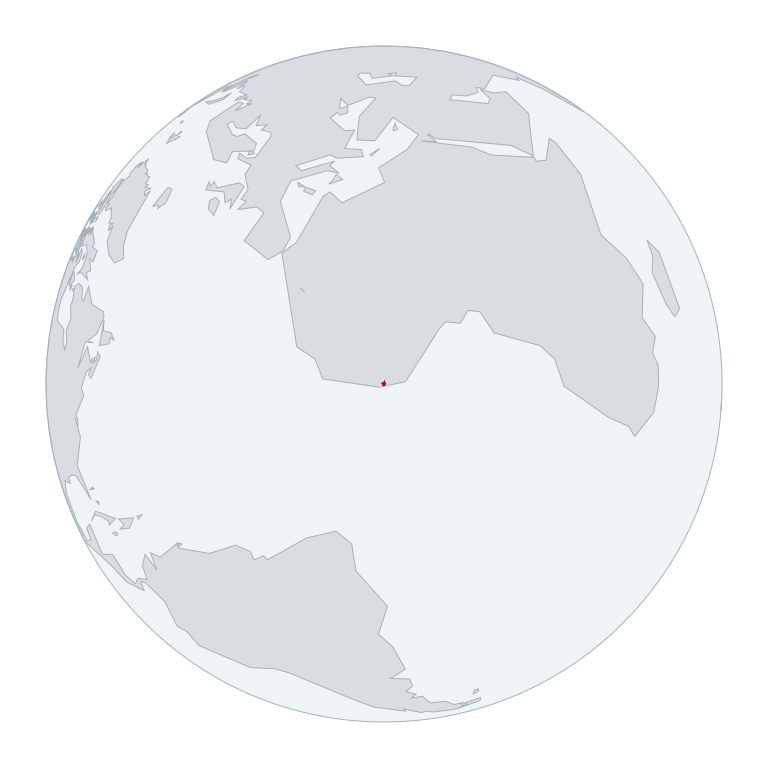 Bomi on an orthographic globe, rotated 314°
{"feature_id": "LBR-783", "entity_name": "Bomi", "entity_type": "County", "adm_level": 1, "iso_a3": "LBR", "parent_name": "Liberia", "parent_adm1": "", "projection": "orthographic", "projection_center": [-10.785, 6.699], "detail": "fine", "context": "on_globe", "style": "filled", "palette": "rose", "viewbox_px": 768, "rotation_deg": 314, "n_neighbors": 0, "source": "natural_earth", "source_scale": "10m", "svg_char_len": 9246}
<svg xmlns="http://www.w3.org/2000/svg" viewBox="0 0 768 768"><g transform="rotate(314 384 384)"><circle cx="384" cy="384" r="338" fill="#eef3f6" stroke="#a8b0b8"/><path d="M271.0,65.5L255.3,72.1L262.0,69.6L255.5,73.4L260.8,72.4L254.0,75.6L264.1,72.1L269.2,69.5L275.4,67.3L279.0,66.7L271.0,70.4L268.0,71.2L267.5,72.1L262.0,74.4L266.8,72.9L256.6,78.2L271.9,72.4L268.2,76.2L260.0,79.9L254.2,80.1L220.7,92.9L210.7,98.6L202.4,105.4L200.9,115.7L192.6,122.5L186.2,131.2L193.8,126.6L201.5,118.4L214.1,113.0L222.0,104.7L228.3,101.7L239.2,93.9L244.6,94.7L244.1,100.2L235.4,107.1L234.9,110.1L249.0,103.9L238.4,118.4L241.2,131.7L237.6,136.1L220.3,142.5L205.6,140.3L183.1,152.6L204.9,144.8L195.7,157.8L197.2,160.4L201.9,160.4L208.2,155.9L206.5,160.9L184.4,169.3L185.5,164.9L192.6,161.9L185.6,161.5L170.6,169.2L167.1,176.1L148.2,183.5L145.4,188.9L139.8,194.2L145.4,184.8L134.9,202.5L112.1,220.1L97.4,253.5L104.1,226.5L101.7,222.6L97.4,222.0L94.7,227.3L92.7,221.8L84.5,231.7L72.1,257.7L65.3,278.9L68.5,281.5L73.8,270.4L78.7,269.5L65.9,299.9L72.9,307.0L66.9,330.7L67.6,343.9L73.4,342.0L78.7,349.4L85.6,336.4L95.5,330.4L92.4,350.0L100.4,333.0L104.1,343.4L125.6,345.9L123.1,350.1L140.8,376.1L165.0,389.3L170.6,404.4L167.2,412.9L176.7,416.5L176.9,422.4L219.4,435.2L244.8,451.7L246.4,472.0L230.0,493.8L226.5,541.0L200.1,553.8L201.0,572.3L193.8,597.4L176.8,593.3L189.6,607.4L186.7,614.3L177.8,613.5L183.2,622.6L177.0,621.8L186.1,628.6L186.7,638.8L198.8,648.9L201.9,656.9L210.2,662.7L207.4,662.1L207.4,663.5L210.9,666.5L197.9,659.9L182.1,647.1L177.8,641.3L174.0,639.5L163.7,623.9L163.5,626.6L144.5,601.1L135.4,580.2L110.3,516.3L102.8,502.6L87.2,484.9L67.4,433.0L68.9,413.7L66.2,403.6L75.2,377.3L75.3,350.4L72.8,346.0L68.8,355.1L62.7,336.2L64.0,315.6L63.1,278.0L71.4,255.8L81.1,234.2L92.3,213.4L105.0,193.4L119.0,174.3L134.3,156.3L150.9,139.4L168.6,123.7L187.3,109.2L207.0,96.1L227.6,84.4L249.0,74.2L271.0,65.5ZM92.2,264.8L100.6,284.2L91.5,284.5L94.0,281.8L92.8,274.2L89.1,266.7L82.3,268.8L92.2,264.8ZM105.7,247.6L103.9,245.8L106.3,246.2L105.7,247.6ZM235.4,94.1L237.2,94.0L234.2,95.4L235.4,94.1ZM238.4,91.0L233.7,92.8L234.4,91.7L237.3,90.6L238.4,91.0ZM244.1,89.2L236.3,89.5L237.6,87.7L249.8,82.2L244.1,89.2ZM269.3,68.9L264.0,71.7L265.1,70.1L269.3,68.9ZM268.6,68.5L263.3,68.5L273.0,64.9L272.8,65.2L282.7,61.6L290.0,59.7L286.2,61.3L278.5,63.9L287.2,61.3L268.6,68.5ZM277.9,66.3L276.0,66.3L284.3,63.0L289.7,62.4L285.3,63.6L277.9,66.3ZM295.9,57.8L296.7,57.6L300.5,56.6L291.0,59.4L284.0,61.2L295.9,57.8ZM285.2,64.1L292.2,62.4L291.6,63.6L280.4,66.1L285.2,64.1ZM284.2,62.5L288.4,61.1L287.8,61.6L284.2,62.5ZM293.2,68.2L290.7,67.6L294.8,65.7L293.2,68.2ZM294.8,61.7L295.0,61.3L296.3,60.6L300.7,59.9L294.8,61.7ZM297.3,57.9L299.1,57.7L301.5,56.6L307.6,55.4L300.1,57.7L305.8,56.2L307.7,55.9L299.6,58.3L297.3,57.9ZM309.1,57.4L301.7,60.9L305.5,62.0L301.9,63.6L296.6,61.6L309.1,57.4ZM304.2,57.6L306.4,57.7L300.9,59.2L296.0,60.2L304.2,57.6ZM314.3,53.9L307.0,55.1L308.9,54.6L314.3,53.9ZM311.3,57.3L313.0,56.6L312.2,57.2L311.3,57.3ZM314.6,54.4L311.8,54.8L314.0,54.2L314.6,54.4ZM318.8,55.0L316.4,55.9L313.0,56.4L318.8,55.0ZM317.8,54.5L321.5,53.6L313.2,56.0L316.1,54.7L317.8,54.5ZM317.1,53.8L317.5,53.6L318.0,53.8L317.1,53.8ZM333.2,53.2L323.6,56.1L316.0,56.9L326.4,53.8L333.2,53.2ZM223.3,673.0L200.7,661.9L211.7,667.2L210.4,663.5L225.5,671.2L223.3,673.0ZM223.1,663.4L226.9,661.8L230.4,663.6L228.6,665.2L223.1,663.4ZM707.5,286.2L708.9,291.3L716.4,323.2L718.5,338.6L707.2,295.3L696.6,266.0L696.1,270.0L681.6,247.8L666.6,251.4L661.4,244.4L659.2,249.0L648.5,243.3L639.3,232.0L634.3,234.0L658.0,264.0L663.0,262.2L662.9,248.5L668.9,259.9L678.9,268.7L679.0,299.9L651.7,333.0L643.9,309.6L596.4,250.6L594.9,243.4L594.5,242.7L593.6,241.3L594.6,253.1L584.7,241.9L615.6,282.9L623.0,301.7L651.4,334.6L650.0,338.7L657.5,345.2L675.5,332.2L676.8,340.3L671.4,379.8L642.0,436.6L642.9,470.9L635.9,501.0L611.1,523.6L606.8,546.0L593.0,555.5L587.8,568.4L573.1,583.1L551.0,597.7L520.3,600.8L523.5,589.5L515.9,568.4L507.5,515.2L520.6,489.1L520.0,469.6L497.2,427.6L502.6,402.9L495.2,393.2L480.7,396.7L471.6,385.2L462.3,385.5L400.5,397.8L378.6,383.0L345.1,336.5L354.0,317.0L350.2,295.3L407.2,219.7L425.4,222.6L477.2,209.8L484.7,211.7L485.2,227.9L529.4,244.4L535.8,230.0L569.3,237.8L587.3,235.4L582.1,205.3L552.5,208.4L540.8,195.0L559.3,180.3L584.2,179.5L580.5,174.4L559.3,164.4L559.4,154.7L551.3,160.5L558.7,165.1L553.8,169.4L546.7,165.5L547.1,161.9L538.0,160.5L538.8,179.7L546.4,186.5L526.0,192.2L536.8,204.6L533.2,211.3L513.7,193.2L511.3,186.1L479.7,168.8L480.3,176.5L510.2,193.8L503.4,192.9L504.4,205.2L498.2,195.1L465.3,175.9L443.2,182.7L424.7,214.8L409.8,218.8L392.9,214.2L390.0,183.8L423.7,178.7L423.1,169.5L408.1,157.8L419.6,157.8L417.6,152.9L429.5,151.1L438.2,138.5L449.1,136.3L444.7,122.4L449.7,119.8L450.9,128.5L457.5,134.0L483.6,130.8L486.4,127.5L481.4,119.2L489.2,120.0L481.1,112.5L492.3,108.4L471.8,107.6L465.5,99.5L468.0,92.9L462.2,90.6L458.1,101.5L459.8,106.2L467.2,110.2L468.6,125.1L461.3,128.4L445.9,113.6L433.9,117.3L427.2,105.6L442.2,80.8L452.5,76.2L485.9,83.4L488.0,87.9L477.1,87.2L494.3,94.4L489.5,90.6L496.0,91.8L491.5,85.8L495.9,86.5L484.2,80.0L489.1,80.2L496.4,84.3L494.0,77.1L502.1,77.0L499.4,75.2L494.3,73.3L507.9,75.4L505.3,74.0L499.9,72.7L491.2,69.4L481.3,64.8L486.5,65.8L490.8,67.5L507.8,73.3L518.4,78.8L519.6,78.9L511.6,74.4L490.9,67.2L483.4,64.3L493.0,67.0L489.0,65.8L486.9,64.7L489.7,64.8L479.1,61.7L449.2,52.5L450.4,52.7L474.1,58.3L497.3,65.6L519.9,74.6L541.8,85.2L562.8,97.3L583.0,110.9L602.1,125.9L620.1,142.2L636.9,159.8L652.3,178.6L666.4,198.4L679.0,219.2L690.1,240.8L699.6,263.2L707.5,286.2ZM394.9,256.6L395.1,263.1L394.9,256.6ZM615.9,194.9L627.4,194.5L613.1,177.6L616.3,176.4L610.2,171.5L612.0,176.4L595.8,163.3L597.5,157.9L591.4,151.0L587.3,151.0L586.8,163.4L609.9,181.6L611.2,189.2L615.9,194.9ZM126.4,345.8L128.6,350.0L124.8,349.5L126.4,345.8ZM88.0,292.1L90.8,293.2L91.6,296.5L89.0,297.0L88.0,292.1ZM117.4,298.1L121.7,300.6L116.2,301.3L117.4,298.1ZM102.4,286.8L113.8,296.9L103.3,301.0L96.5,295.0L102.5,294.4L102.4,286.8ZM99.8,258.1L101.1,259.9L99.2,263.2L99.8,258.1ZM107.5,248.0L106.6,248.1L106.9,245.1L107.5,248.0ZM197.0,157.2L198.7,156.7L202.5,157.8L198.7,159.5L197.0,157.2ZM231.3,151.7L227.9,159.9L227.7,154.8L221.8,158.2L214.0,152.5L235.5,138.1L227.1,145.3L231.3,151.7ZM209.5,142.2L212.0,146.5L208.4,142.4L209.5,142.2ZM394.8,131.1L401.5,133.4L400.8,139.0L386.9,144.5L387.8,136.1L394.8,131.1ZM411.1,135.5L399.7,120.9L407.8,117.8L405.2,121.8L411.7,121.2L409.2,127.7L428.2,140.2L428.8,146.2L402.9,151.5L411.0,146.0L404.0,143.7L411.1,135.5ZM356.2,98.0L351.3,94.2L375.2,92.0L377.0,96.1L363.3,101.1L353.2,99.4L356.2,98.0ZM267.1,80.6L263.7,81.0L265.9,79.7L270.6,78.3L267.1,80.6ZM291.7,68.0L284.2,78.1L280.0,78.8L280.7,85.1L269.7,89.8L269.6,85.4L261.7,94.3L257.2,92.3L253.1,98.4L254.0,88.0L249.7,87.3L258.7,86.1L268.9,81.6L272.0,79.5L277.6,73.3L273.2,70.6L282.6,66.6L290.5,64.5L292.9,64.5L286.0,66.9L294.3,65.3L286.2,68.9L291.7,68.0ZM376.5,56.0L367.5,56.5L382.7,58.2L374.7,59.9L377.0,60.1L373.8,62.4L373.8,65.8L369.2,66.4L371.2,67.6L369.1,69.5L370.3,71.5L362.5,73.6L363.4,76.3L359.2,75.8L362.7,80.1L356.6,78.0L353.3,81.0L361.0,81.5L315.9,93.0L301.7,101.2L293.3,109.6L283.9,106.1L285.8,96.6L294.3,85.8L309.3,79.1L302.4,79.3L307.5,76.4L310.8,77.5L308.7,74.2L313.8,72.3L321.4,65.7L315.2,63.3L317.8,61.3L322.8,61.3L321.9,59.4L333.1,58.3L335.2,57.0L348.4,55.2L356.8,56.7L358.5,55.3L368.6,54.4L376.5,56.0ZM337.0,52.6L348.8,52.9L350.3,54.3L326.8,57.2L323.3,58.5L308.2,61.4L306.5,59.5L310.9,58.7L314.9,57.6L313.8,58.6L317.6,57.0L323.9,56.1L328.4,54.8L331.0,55.1L337.0,52.6ZM489.4,205.3L494.5,205.5L501.6,204.1L502.4,212.3L489.4,205.3ZM466.9,192.2L470.9,190.8L475.5,200.6L470.2,200.9L466.9,192.2ZM469.2,182.1L470.8,189.9L466.8,185.8L469.2,182.1ZM454.2,127.1L458.1,125.6L460.0,127.5L459.7,130.7L454.2,127.1ZM420.1,65.2L414.7,64.3L414.9,63.6L406.0,60.4L411.2,59.5L418.6,61.0L420.1,65.2ZM579.3,210.8L576.5,217.0L572.7,214.6L574.4,212.9L579.3,210.8ZM539.4,214.5L550.4,217.3L539.5,216.7L539.4,214.5ZM424.3,63.6L420.0,62.2L425.3,62.7L424.3,63.6ZM414.6,58.7L420.1,58.8L410.8,59.0L414.6,58.7ZM603.8,640.5L599.9,644.0L598.6,644.9L603.8,640.5ZM669.9,490.4L643.5,544.5L634.4,546.4L637.5,531.5L650.5,499.3L662.8,488.5L670.1,473.3L669.9,490.4ZM718.2,333.8L716.9,326.1L717.3,328.3L718.2,333.8ZM462.9,59.8L469.5,64.7L477.6,69.0L487.7,72.0L476.3,70.5L463.7,63.8L462.9,59.8ZM450.4,53.0L441.6,51.3L443.4,51.5L445.6,51.9L450.4,53.0ZM446.5,52.4L439.5,51.8L433.2,50.6L440.0,51.2L446.5,52.4ZM432.4,55.8L433.9,57.1L429.6,56.5L432.4,55.8Z" fill="#d9dde1" stroke="#a8b0b8" stroke-width="1"/><path d="M383.9,385.8L383.8,385.5L383.6,385.3L383.3,385.2L382.4,384.7L382.3,384.4L382.4,384.2L382.5,384.2L382.7,383.9L382.8,383.9L382.9,383.6L383.0,383.4L382.9,383.4L382.9,383.2L383.1,382.6L383.1,382.4L383.1,382.2L383.5,382.4L383.8,382.3L384.2,382.4L384.3,382.4L384.3,382.5L384.2,382.5L384.1,382.8L384.2,383.0L384.3,383.3L384.5,383.3L384.6,383.2L385.0,383.0L385.7,383.0L385.9,382.9L385.8,383.1L385.7,383.2L385.4,383.3L385.3,383.5L385.2,383.6L385.3,383.7L385.3,383.8L385.2,383.9L385.1,384.0L385.1,384.3L385.1,384.5L385.3,384.7L385.3,384.8L385.2,384.9L385.1,385.0L384.9,384.9L384.7,384.7L384.4,384.8L384.2,385.0L383.9,385.1L383.9,385.3L383.9,385.5L383.9,385.8Z" fill="#f43f5e" stroke="#9f1239" stroke-width="1.5"/></g></svg>